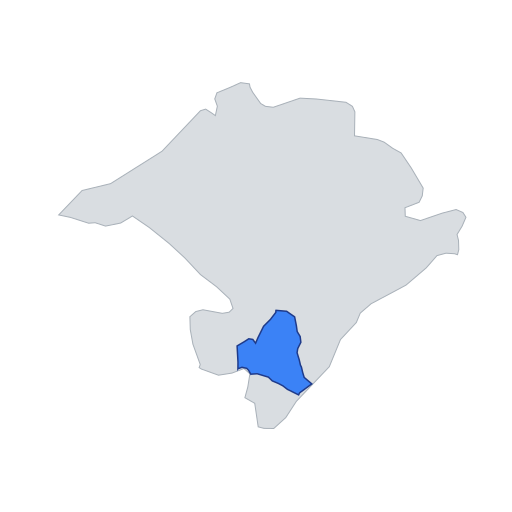 Berane on a map of Montenegro (Albers equal-area conic projection), rotated 99°
{"feature_id": "MNE-1509", "entity_name": "Berane", "entity_type": "Municipality", "adm_level": 1, "iso_a3": "MNE", "parent_name": "Montenegro", "parent_adm1": "", "projection": "albers", "projection_center": [19.918, 42.855], "detail": "fine", "context": "in_parent", "style": "filled", "palette": "blue", "viewbox_px": 512, "rotation_deg": 99, "n_neighbors": 0, "source": "natural_earth", "source_scale": "10m", "svg_char_len": 1851}
<svg xmlns="http://www.w3.org/2000/svg" viewBox="0 0 512 512"><g transform="rotate(99 256 256)"><path d="M223.2,57.2L222.7,60.2L223.5,68.8L227.3,77.3L241.1,86.0L261.3,103.3L285.1,134.8L296.1,144.1L306.0,146.5L325.3,159.5L338.8,162.7L353.9,166.3L393.2,193.4L410.9,201.3L423.6,211.5L425.0,221.1L424.4,227.1L401.7,234.2L397.7,244.8L386.7,243.6L373.3,243.6L369.0,250.3L375.4,261.4L379.6,274.4L376.2,292.3L375.1,294.7L371.9,294.1L353.0,304.5L339.0,309.4L326.3,311.8L320.3,306.8L317.4,300.0L317.9,280.3L315.7,273.7L311.4,270.5L302.7,275.1L292.5,290.2L283.1,307.9L268.9,326.2L257.2,343.8L244.5,366.0L235.8,384.3L244.6,394.8L250.0,409.3L248.3,420.1L249.8,426.4L246.9,445.4L246.3,457.3L218.5,438.0L207.3,411.0L167.2,365.2L121.2,333.6L118.8,328.7L121.4,322.8L123.7,318.1L114.1,317.6L107.3,321.3L100.9,320.1L93.8,308.4L87.2,298.3L87.0,289.4L90.2,288.3L94.8,284.9L104.7,275.2L106.7,270.1L106.4,262.2L93.2,237.2L91.5,221.1L90.1,191.2L93.1,184.2L98.1,180.9L121.9,177.5L122.0,154.2L123.5,147.3L128.3,137.7L131.5,128.8L144.8,116.4L162.8,101.5L170.6,101.2L177.4,103.3L185.0,116.4L193.4,114.8L195.3,99.2L184.5,78.7L178.8,65.6L180.7,58.4L184.9,54.7L194.3,57.1L203.3,60.8L209.0,58.4L218.0,56.7L223.2,57.2Z" fill="#d9dde1" stroke="#a8b0b8" stroke-width="1"/><path d="M373.6,242.6L369.9,245.6L368.4,247.6L368.1,252.4L370.1,256.1L370.3,256.2L363.6,257.2L347.8,260.6L347.7,260.5L342.5,254.2L338.9,250.2L338.9,246.1L342.2,242.8L336.1,241.2L324.2,237.5L316.5,231.9L308.6,227.6L306.6,227.8L306.5,227.3L305.8,217.1L307.2,214.3L310.1,208.3L310.7,208.1L318.6,205.2L324.2,203.5L328.6,199.8L334.2,198.2L340.9,200.3L345.1,200.3L351.7,197.1L356.9,195.0L358.5,193.8L363.9,191.6L368.4,189.4L373.6,180.9L384.3,191.5L386.5,192.2L382.8,204.1L380.0,209.2L378.4,213.9L376.8,220.4L373.7,224.8L372.1,236.4L373.5,242.5L373.6,242.6Z" fill="#3b82f6" stroke="#1e3a8a" stroke-width="1.5"/></g></svg>